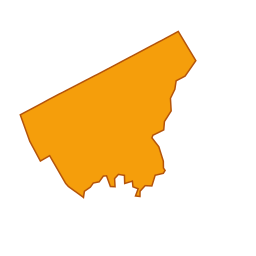 outline of Davidson, North Carolina, United States of America, rotated 240°
{"feature_id": "52423323B73587469313041", "entity_name": "Davidson", "entity_type": "district", "adm_level": 2, "iso_a3": "USA", "parent_name": "United States of America", "parent_adm1": "North Carolina", "projection": "robinson", "projection_center": [-80.266, 35.765], "detail": "fine", "context": "isolated", "style": "filled", "palette": "amber", "viewbox_px": 256, "rotation_deg": 240, "n_neighbors": 0, "source": "geoboundaries", "source_scale": "gbopen_adm2", "svg_char_len": 948}
<svg xmlns="http://www.w3.org/2000/svg" viewBox="0 0 256 256"><g transform="rotate(240 128 128)"><path d="M192.3,73.1L192.4,67.3L192.4,66.4L192.5,64.4L192.6,60.8L193.2,44.7L193.2,44.1L193.3,41.3L165.6,36.3L143.2,35.6L143.2,42.1L143.2,43.7L143.2,46.3L136.0,46.3L111.2,46.3L107.2,47.1L104.7,48.2L92.5,53.7L91.2,54.3L90.1,54.7L95.0,58.6L95.6,65.8L97.7,70.4L95.8,76.1L98.7,82.6L97.3,85.5L86.1,83.5L83.6,87.4L90.9,91.1L92.6,96.5L88.8,101.2L81.6,97.4L79.8,105.2L74.6,102.9L70.3,106.4L65.4,100.5L62.7,104.1L67.2,106.8L69.5,114.0L65.9,119.7L73.5,127.9L71.1,135.9L72.7,138.9L75.6,138.7L81.6,142.0L96.3,145.3L107.5,143.8L109.2,145.8L109.3,145.9L108.5,158.0L115.4,162.8L121.2,173.9L132.5,179.6L138.1,187.9L144.8,193.3L144.4,203.4L152.4,220.4L168.2,220.1L169.4,220.1L186.5,219.8L187.1,199.1L187.2,198.2L189.6,131.4L189.6,130.9L189.8,126.7L189.9,126.2L190.4,115.2L191.7,86.6L191.8,86.2L192.3,73.1Z" fill="#f59e0b" stroke="#b45309" stroke-width="1.5"/></g></svg>